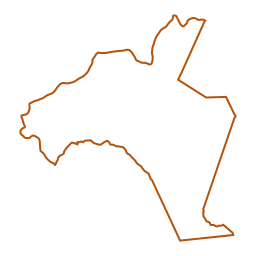 the district of Duyure, Choluteca, Honduras
{"feature_id": "27666195B17818037881186", "entity_name": "Duyure", "entity_type": "district", "adm_level": 2, "iso_a3": "HND", "parent_name": "Honduras", "parent_adm1": "Choluteca", "projection": "albers", "projection_center": [-86.827, 13.631], "detail": "fine", "context": "isolated", "style": "outline", "palette": "amber", "viewbox_px": 256, "rotation_deg": 0, "n_neighbors": 0, "source": "geoboundaries", "source_scale": "gbopen_adm2", "svg_char_len": 5647}
<svg xmlns="http://www.w3.org/2000/svg" viewBox="0 0 256 256"><path d="M233.2,235.0L232.6,232.8L223.3,224.8L221.1,225.8L220.7,225.8L219.8,225.6L219.4,225.6L219.1,225.6L218.3,225.9L217.7,226.4L217.3,226.4L216.6,226.4L215.8,226.2L215.4,226.0L215.0,225.6L214.7,225.5L214.1,225.2L213.6,225.0L213.1,225.0L212.3,225.0L211.6,225.0L211.2,225.0L210.9,225.0L210.5,224.5L210.0,223.5L209.4,222.6L209.0,222.2L208.8,222.0L208.5,221.9L207.7,221.8L207.4,221.7L207.1,221.6L206.5,221.1L205.9,220.4L204.9,218.3L204.2,217.5L203.8,216.9L203.7,216.7L203.4,215.9L203.3,215.0L203.2,212.7L203.3,212.2L203.6,212.0L203.7,211.9L203.8,211.5L203.8,211.1L203.7,210.8L203.4,210.1L203.3,209.7L203.3,209.2L203.4,208.7L234.1,118.9L235.6,116.0L234.1,113.7L226.0,96.9L206.1,97.5L178.1,79.7L182.1,71.4L204.8,20.8L205.1,20.6L204.6,20.2L203.7,19.8L203.1,19.7L200.5,19.7L199.2,19.9L198.4,19.9L197.8,19.6L197.2,19.3L196.1,18.6L195.3,18.3L194.4,18.1L193.7,18.0L193.2,18.0L192.5,18.1L191.1,18.6L189.9,19.0L189.2,19.4L188.8,19.6L188.0,20.4L187.5,21.1L187.4,21.4L187.3,21.9L187.2,22.2L186.9,22.9L186.5,23.4L185.9,24.1L184.1,25.8L183.4,26.3L183.1,26.4L182.9,26.4L182.7,26.3L182.1,25.8L180.7,24.6L180.3,24.1L179.9,23.5L179.5,22.7L178.0,19.5L177.4,18.3L176.5,16.4L176.2,16.0L176.0,15.8L175.9,15.7L174.6,15.4L173.9,15.4L173.6,15.5L173.3,15.8L173.1,16.3L173.0,17.2L172.9,18.1L172.8,18.4L172.4,19.3L171.8,20.1L171.5,20.5L170.7,21.1L169.7,22.0L168.1,24.0L167.1,25.2L166.7,25.7L166.4,26.2L166.1,26.6L165.7,27.0L165.1,27.3L162.2,29.0L161.7,29.4L161.0,30.0L160.5,30.6L158.8,33.2L157.7,34.7L156.7,36.2L155.7,38.0L154.0,42.6L153.9,43.5L152.5,47.5L152.3,48.3L152.3,48.9L152.3,49.3L151.9,52.9L152.1,54.2L152.2,54.7L152.6,55.6L152.7,56.5L152.7,57.2L152.7,58.2L152.5,60.1L152.4,60.8L151.7,63.2L151.5,63.5L151.3,63.9L151.0,64.1L150.7,64.3L150.3,64.4L149.9,64.5L149.6,64.5L146.5,63.2L145.5,62.9L144.3,62.8L143.0,62.9L142.5,62.8L141.9,62.7L140.5,62.2L138.7,61.3L137.3,60.8L136.7,60.5L136.4,60.2L136.0,59.7L135.5,58.7L135.0,57.4L134.8,57.0L133.7,55.5L132.5,53.5L131.7,52.3L131.1,51.7L130.0,50.7L129.3,50.2L129.0,50.1L128.6,49.9L127.6,49.8L127.0,49.8L126.6,49.8L126.1,49.9L124.7,50.3L122.6,50.7L121.5,50.8L119.6,50.9L116.7,51.2L111.5,51.9L109.4,52.3L106.9,52.7L105.0,53.0L104.0,53.1L102.3,53.0L100.6,52.9L98.6,52.7L98.2,52.7L97.9,52.7L97.6,53.0L97.1,53.3L96.2,54.1L95.6,55.1L95.1,56.0L93.6,58.1L92.8,59.2L92.6,59.7L92.5,60.1L92.5,61.3L92.4,62.2L92.4,62.7L92.2,63.3L92.0,63.7L91.5,64.7L89.4,68.3L88.6,70.5L88.4,70.9L88.0,71.4L87.1,72.6L86.4,73.3L85.7,74.1L85.1,74.8L84.1,75.5L82.6,76.7L81.7,77.2L80.5,77.7L79.1,78.5L74.6,81.4L73.4,82.0L70.4,82.9L69.2,83.1L67.3,83.3L66.0,83.3L64.6,83.1L63.5,83.0L62.6,83.0L61.2,83.5L59.8,84.5L57.4,87.1L56.6,88.3L55.7,89.7L54.9,90.7L54.1,91.7L53.2,92.5L52.0,93.3L51.0,93.7L47.0,95.4L42.7,98.3L40.6,98.9L38.4,99.9L36.4,100.6L34.7,101.0L31.9,102.4L30.0,103.3L29.6,103.5L29.4,104.7L29.4,105.5L29.5,106.6L29.6,107.2L29.7,107.6L29.7,108.0L29.7,108.4L29.5,109.0L29.1,109.9L28.8,111.2L28.5,112.1L27.9,113.1L27.7,113.3L26.9,113.9L26.1,114.5L22.5,115.2L21.9,115.5L21.6,115.7L21.5,115.9L21.4,116.2L21.4,116.6L21.9,117.7L23.0,121.2L23.1,121.6L23.1,122.3L23.2,122.5L23.5,122.9L23.8,123.9L24.1,124.8L24.4,125.4L24.9,126.2L25.0,126.7L25.0,126.9L24.8,127.1L24.4,127.5L24.0,127.7L23.3,127.9L22.8,128.2L21.5,129.4L21.0,129.9L20.7,130.4L20.6,130.6L20.5,131.3L20.4,131.9L20.4,132.4L20.5,132.9L20.6,133.3L20.7,133.6L21.0,134.0L21.3,134.4L21.7,134.9L22.7,135.6L23.2,136.0L23.8,136.8L24.2,137.1L24.9,137.6L25.3,137.8L25.7,137.9L26.5,138.0L27.9,138.1L28.7,138.1L29.1,138.0L29.5,137.9L29.9,137.6L32.1,135.8L32.4,135.6L32.6,135.5L33.7,135.7L34.8,135.9L37.9,137.8L38.3,138.1L38.8,138.6L39.2,139.2L39.4,139.9L39.6,140.6L39.8,141.7L39.9,143.6L40.0,145.5L40.2,147.9L40.4,149.9L40.5,150.4L40.7,151.0L40.9,151.2L41.1,151.4L41.7,151.8L42.0,152.0L44.1,154.2L46.2,157.8L48.4,160.1L49.5,161.1L50.3,161.7L51.8,162.6L53.4,163.3L53.9,163.6L54.5,164.1L54.6,164.4L54.7,164.8L54.8,164.9L55.0,165.0L55.1,164.9L55.5,164.4L55.9,163.6L56.1,162.7L56.3,162.4L57.0,161.1L57.6,160.2L57.7,159.9L58.0,158.1L58.4,157.5L59.8,155.8L62.7,154.4L63.2,154.1L63.4,153.9L63.6,153.6L63.8,153.2L63.9,152.8L64.0,152.0L64.3,151.2L64.9,150.3L66.6,147.8L70.1,144.3L71.0,143.2L71.6,142.8L72.1,142.6L72.4,142.6L72.6,142.6L72.8,142.7L73.0,142.9L73.2,143.0L74.0,143.3L74.5,143.3L75.1,143.2L75.3,143.3L76.2,143.8L76.9,144.3L77.2,144.4L77.4,144.4L77.5,144.0L77.6,143.1L77.4,142.4L77.5,142.2L77.8,142.2L78.3,142.3L79.6,142.2L80.2,141.8L80.8,141.6L81.2,141.4L81.4,141.5L83.0,142.1L83.3,142.2L83.6,142.0L84.0,141.5L84.6,140.9L84.8,140.8L85.0,140.7L86.1,140.5L88.8,140.5L89.7,140.4L90.3,140.2L90.5,140.2L90.8,140.5L92.0,141.3L92.2,141.6L92.7,142.2L93.2,142.6L93.6,142.9L94.2,143.2L97.6,144.3L99.0,144.6L100.1,144.7L100.6,144.6L101.1,144.4L101.7,144.0L103.5,142.7L104.4,142.1L106.2,141.2L106.8,140.9L107.1,140.9L107.5,141.0L107.8,141.1L108.2,141.4L108.6,141.7L109.0,142.2L109.6,143.0L110.2,144.2L110.4,144.5L110.7,144.6L111.0,144.7L112.5,144.6L112.8,144.7L113.7,145.0L115.7,146.0L116.7,146.4L117.2,146.5L117.8,146.3L118.1,146.3L119.3,146.5L120.6,146.8L121.3,146.8L121.7,146.8L122.1,146.9L122.6,147.1L122.9,147.3L123.4,147.6L123.9,148.1L124.5,148.6L125.1,149.3L125.5,149.8L125.7,150.3L126.1,151.3L126.4,152.1L126.8,152.8L127.0,153.1L127.9,153.8L129.1,154.4L129.7,154.9L130.2,155.4L132.1,157.5L135.5,161.0L135.7,161.3L136.0,161.9L136.2,162.3L136.7,163.0L137.2,163.5L137.6,163.9L140.7,166.1L141.3,166.6L141.6,167.0L141.9,167.6L142.4,168.2L143.2,169.3L143.9,170.2L144.6,170.9L145.2,171.4L147.7,173.0L148.3,173.4L148.6,173.6L149.5,175.8L149.9,176.7L150.6,178.9L151.3,179.5L151.9,179.9L180.1,240.6L233.2,235.0Z" fill="none" stroke="#b45309" stroke-width="2"/></svg>